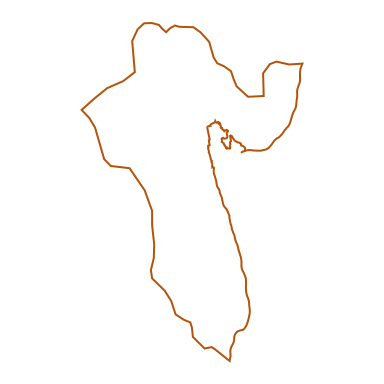 the district of Bimbo, Ombella-M'Poko, Central African Republic
{"feature_id": "33826404B89402945162763", "entity_name": "Bimbo", "entity_type": "district", "adm_level": 2, "iso_a3": "CAF", "parent_name": "Central African Republic", "parent_adm1": "Ombella-M'Poko", "projection": "equal_earth", "projection_center": [18.582, 4.266], "detail": "fine", "context": "isolated", "style": "outline", "palette": "amber", "viewbox_px": 384, "rotation_deg": 0, "n_neighbors": 0, "source": "geoboundaries", "source_scale": "gbopen_adm2", "svg_char_len": 5487}
<svg xmlns="http://www.w3.org/2000/svg" viewBox="0 0 384 384"><path d="M179.4,26.8L175.0,25.5L170.2,28.1L166.2,32.2L162.4,28.9L158.9,24.9L151.7,23.0L144.1,23.3L137.7,29.2L132.2,41.0L134.8,72.1L123.4,81.0L107.1,88.2L94.5,98.4L81.6,109.9L89.3,118.0L95.1,127.7L104.1,159.0L110.8,166.0L129.6,168.2L144.7,190.4L152.1,210.8L152.1,225.3L154.2,244.4L153.8,258.0L150.9,270.1L152.1,278.4L164.8,290.8L171.2,301.0L175.6,314.4L183.9,319.8L190.3,322.4L191.9,327.5L192.9,336.9L204.6,348.5L211.6,347.1L214.6,349.0L229.6,361.0L230.3,357.5L230.6,355.5L230.4,353.4L230.3,351.3L230.5,349.4L231.2,347.3L231.8,345.9L232.8,344.1L233.7,342.2L234.1,339.9L234.2,338.4L234.3,336.6L234.8,335.1L235.5,333.7L236.6,332.2L237.9,331.3L240.5,330.3L242.6,330.0L244.2,328.8L246.2,325.9L247.6,322.3L249.0,316.9L249.4,315.1L249.8,312.4L249.8,310.8L249.6,308.1L249.2,305.3L249.1,303.0L248.8,300.7L247.9,297.8L247.0,295.8L246.3,292.7L245.9,288.3L246.1,283.6L245.9,278.6L244.9,275.6L243.5,272.4L242.2,269.8L241.6,267.8L241.4,265.6L241.5,262.1L241.3,259.7L240.7,256.8L239.5,252.9L238.4,249.3L237.8,246.4L237.1,244.3L236.2,242.5L235.3,239.9L234.8,237.3L234.2,234.7L233.3,233.0L232.6,231.0L231.9,229.1L231.4,226.0L230.7,224.2L230.2,222.1L229.9,220.0L229.4,217.9L229.4,215.8L227.7,211.5L226.5,209.2L225.2,207.6L224.4,206.7L223.7,205.6L223.0,203.6L222.4,200.7L221.8,197.8L220.8,195.2L219.8,192.8L219.6,190.9L219.0,189.3L217.9,187.8L216.9,185.8L216.5,183.3L216.2,180.8L215.6,178.8L214.9,176.5L213.8,173.1L213.7,170.6L213.9,168.5L214.4,167.3L214.3,167.5L213.5,167.3L213.1,167.2L212.6,167.2L212.3,167.4L212.1,166.2L212.3,164.9L212.3,164.5L212.2,163.8L212.1,163.1L212.0,162.8L211.7,162.5L211.7,162.4L211.5,162.1L211.4,161.7L211.5,161.6L211.9,160.9L211.4,160.3L211.2,160.1L211.1,159.9L211.0,159.7L210.9,159.6L210.7,159.1L210.7,158.8L210.6,158.5L210.6,158.0L210.5,157.6L210.3,157.1L210.3,156.9L210.2,156.4L210.1,156.2L210.0,155.9L209.9,155.3L209.7,154.7L209.6,154.3L209.4,153.9L209.3,153.5L209.2,153.2L209.0,152.7L208.8,152.5L208.9,152.1L208.9,151.3L208.9,150.9L208.6,150.4L208.6,150.2L208.5,149.9L208.4,149.6L208.3,149.1L208.2,148.6L208.1,147.3L208.3,147.3L208.3,147.2L208.5,147.0L208.2,145.6L209.6,145.1L208.8,140.2L209.7,139.6L208.8,135.1L208.0,131.4L207.3,127.7L207.3,127.3L207.4,127.0L207.7,126.7L207.9,126.5L208.2,126.4L208.4,126.3L208.8,126.2L209.1,126.1L209.6,125.9L210.2,125.9L210.3,125.9L210.2,125.7L210.2,125.4L210.2,125.2L211.2,124.1L214.4,122.6L215.1,122.0L215.2,121.6L215.3,121.1L215.4,121.3L215.6,121.9L215.9,122.3L216.3,122.6L216.6,122.6L216.8,122.6L217.2,122.4L217.5,122.3L218.0,121.9L218.4,122.0L218.5,122.2L218.3,122.5L218.3,123.0L218.4,123.5L218.5,123.6L218.8,123.8L219.1,123.7L219.7,123.4L219.9,123.2L220.1,123.4L220.3,123.9L220.3,124.4L220.1,124.8L220.1,125.0L220.4,125.2L220.5,125.7L220.8,126.0L220.8,126.6L220.8,127.2L220.7,127.5L220.8,127.8L221.0,127.9L221.5,127.7L222.0,127.9L222.2,128.2L222.2,128.4L222.2,128.8L222.3,129.1L222.7,129.6L222.9,129.7L223.3,129.9L223.6,130.1L223.8,130.4L224.0,130.9L224.3,131.2L225.0,130.3L225.6,130.3L226.8,130.0L227.5,130.3L227.9,130.8L228.0,131.4L226.8,132.4L226.7,133.5L226.7,133.8L227.0,134.8L227.1,135.4L227.4,136.2L227.4,136.8L227.1,137.4L226.5,138.2L225.8,138.6L223.6,138.5L223.4,138.4L223.2,137.9L222.9,137.9L222.6,138.0L222.2,138.1L221.7,138.6L221.7,138.9L221.7,139.4L221.9,139.7L222.0,140.2L221.9,140.8L221.8,141.5L221.8,141.8L222.1,141.8L222.2,142.0L222.4,142.3L222.7,142.6L223.3,143.0L223.7,143.2L223.8,143.3L223.8,143.6L223.8,143.9L223.8,144.3L224.0,144.6L224.3,144.7L224.7,145.0L224.8,145.3L224.8,145.6L224.8,145.8L225.2,146.3L225.7,146.9L225.8,147.1L225.8,147.5L226.0,148.0L226.1,148.3L226.4,148.5L226.9,148.5L227.0,148.3L227.1,148.2L227.1,147.9L227.2,147.7L227.4,147.9L227.5,148.3L227.8,148.4L228.0,148.4L228.4,148.3L228.7,148.4L229.0,148.4L229.5,148.6L229.7,148.4L230.1,148.4L230.2,148.0L230.1,146.7L230.1,146.3L229.9,145.8L229.9,145.3L230.3,144.5L230.4,144.1L230.1,143.5L230.0,142.8L230.0,142.3L230.2,142.0L230.6,141.7L231.0,141.3L231.0,140.8L230.7,139.2L230.4,138.5L230.4,138.0L230.6,137.7L230.5,137.3L230.2,136.4L230.0,135.8L229.9,135.3L229.8,135.1L230.2,135.4L230.6,135.6L231.1,135.7L231.3,135.7L231.5,135.8L231.9,136.1L232.0,136.3L232.2,136.6L232.3,136.7L232.4,137.0L232.6,137.6L232.7,137.9L232.8,138.2L233.0,138.4L233.1,138.5L233.4,138.7L233.6,138.9L233.8,139.6L235.7,141.3L236.2,141.5L236.7,141.7L237.1,142.2L237.5,142.4L239.1,142.5L239.7,143.0L240.3,143.3L240.6,143.4L240.7,143.5L241.0,144.0L241.2,144.3L241.1,144.5L240.9,145.1L241.6,145.7L243.6,146.4L244.9,147.6L245.1,149.8L244.8,151.0L243.8,151.3L243.3,151.4L241.9,152.2L241.1,152.9L241.8,152.2L243.2,151.4L244.9,151.0L247.1,150.3L248.7,150.1L250.4,150.1L252.6,150.4L255.3,150.6L258.7,150.7L260.8,150.7L262.2,150.4L263.2,150.1L264.8,149.8L266.2,149.3L267.4,148.7L268.3,148.2L269.6,146.8L271.4,144.8L273.3,142.1L273.9,141.2L275.3,139.7L276.9,138.4L278.8,137.4L279.9,136.4L282.5,133.6L283.6,131.9L284.8,130.1L287.0,127.5L287.9,126.8L288.9,125.2L289.8,123.5L290.6,121.0L291.3,118.5L291.8,116.7L292.6,114.3L293.3,112.5L294.3,110.5L295.4,108.4L296.1,106.2L296.3,103.6L296.6,101.1L296.7,99.6L297.1,97.7L297.2,95.6L297.2,93.7L297.1,91.4L297.3,89.5L297.8,87.9L298.3,86.3L298.9,84.9L299.4,83.4L299.9,81.7L300.0,80.4L300.1,79.0L300.0,76.7L300.0,73.4L300.3,69.6L300.8,67.7L302.4,63.6L289.2,64.5L276.4,61.6L269.9,64.1L263.1,73.3L263.7,96.0L248.1,96.8L236.6,86.3L233.8,79.6L231.0,71.2L223.9,66.2L217.3,63.3L213.6,57.4L209.2,41.9L200.5,32.3L193.4,27.2L179.4,26.8Z" fill="none" stroke="#b45309" stroke-width="2"/></svg>